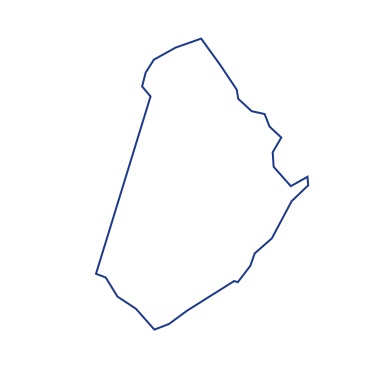 Treutlen, Georgia, United States of America (Robinson projection), rotated 119°
{"feature_id": "52423323B24374118756393", "entity_name": "Treutlen", "entity_type": "district", "adm_level": 2, "iso_a3": "USA", "parent_name": "United States of America", "parent_adm1": "Georgia", "projection": "robinson", "projection_center": [-82.588, 32.403], "detail": "fine", "context": "isolated", "style": "outline", "palette": "blue", "viewbox_px": 384, "rotation_deg": 119, "n_neighbors": 0, "source": "geoboundaries", "source_scale": "gbopen_adm2", "svg_char_len": 537}
<svg xmlns="http://www.w3.org/2000/svg" viewBox="0 0 384 384"><g transform="rotate(119 192 192)"><path d="M129.8,93.6L122.7,98.4L139.0,108.4L130.4,132.8L118.1,140.7L101.1,140.3L97.2,155.9L88.6,166.3L92.4,179.0L88.1,196.7L80.8,202.5L67.1,229.1L53.4,258.4L73.6,276.3L94.7,289.5L110.0,290.4L123.9,286.8L128.5,274.6L310.1,236.3L308.6,226.0L319.6,206.5L321.3,184.4L330.6,158.2L318.5,148.1L298.0,138.7L249.5,112.0L248.6,108.2L228.2,105.2L215.3,107.4L193.8,99.7L151.7,100.4L129.8,93.6Z" fill="none" stroke="#1e3a8a" stroke-width="2"/></g></svg>